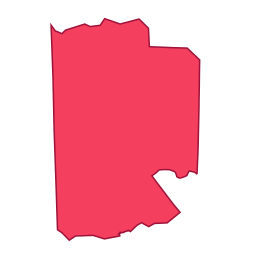 York, South Carolina, United States of America, rotated 88°
{"feature_id": "52423323B59570542533624", "entity_name": "York", "entity_type": "district", "adm_level": 2, "iso_a3": "USA", "parent_name": "United States of America", "parent_adm1": "South Carolina", "projection": "albers", "projection_center": [-81.025, 34.993], "detail": "fine", "context": "isolated", "style": "filled", "palette": "rose", "viewbox_px": 256, "rotation_deg": 88, "n_neighbors": 0, "source": "geoboundaries", "source_scale": "gbopen_adm2", "svg_char_len": 1545}
<svg xmlns="http://www.w3.org/2000/svg" viewBox="0 0 256 256"><g transform="rotate(88 128 128)"><path d="M22.5,201.3L74.4,201.2L128.4,201.9L179.6,201.9L227.2,202.0L230.5,197.5L238.1,190.6L234.1,184.3L234.1,166.7L238.0,155.4L235.6,140.0L235.5,139.9L235.2,139.9L235.0,140.0L234.7,140.3L234.4,140.5L234.1,140.7L233.9,140.8L233.5,141.1L233.2,140.1L233.3,139.8L233.2,139.6L233.0,139.4L232.8,139.3L232.7,139.4L232.6,139.7L232.6,140.0L232.4,140.0L232.0,139.7L231.9,139.5L232.0,139.0L232.0,138.6L232.3,138.2L232.4,137.9L232.6,137.7L232.4,137.2L232.2,136.6L232.1,136.4L232.2,136.1L231.9,135.9L232.1,135.7L231.9,135.4L231.6,135.2L231.4,135.0L231.4,134.7L231.4,134.3L231.4,134.1L231.2,133.7L231.2,133.2L231.0,132.7L230.9,132.6L230.7,132.2L230.8,131.7L230.5,131.6L230.3,131.5L230.2,131.4L231.6,129.2L225.6,122.5L223.1,117.8L227.3,110.8L224.3,104.9L224.2,92.2L214.1,78.9L206.0,85.2L196.8,91.7L195.0,92.9L192.4,94.8L183.0,101.4L176.6,105.8L173.6,101.3L171.7,99.2L171.0,98.2L170.8,93.6L171.1,88.0L172.9,83.7L173.6,82.6L174.9,81.8L177.1,81.2L178.1,81.0L178.9,80.3L179.7,78.6L179.8,77.8L179.6,76.2L178.3,72.4L177.5,70.8L173.5,68.7L173.3,68.5L173.2,67.8L174.4,63.3L174.7,62.7L175.6,61.5L176.0,61.3L176.2,60.9L175.9,60.6L164.1,59.7L152.8,58.8L152.3,58.8L142.7,58.2L107.2,56.2L106.3,56.2L98.1,55.8L96.6,55.7L89.1,55.3L76.0,54.7L62.5,54.0L50.2,66.1L49.4,78.7L47.5,103.8L29.0,104.1L19.5,113.1L23.8,132.3L17.9,147.5L24.4,152.2L25.3,162.3L22.6,167.6L28.0,187.0L31.4,190.7L30.0,193.7L28.4,197.3L22.5,201.3Z" fill="#f43f5e" stroke="#9f1239" stroke-width="1.5"/></g></svg>